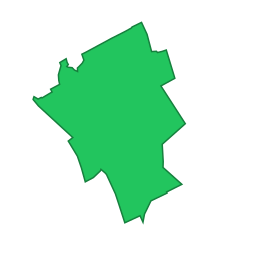 Ciuperceni, Teleorman, Romania, rotated 62°
{"feature_id": "2599482B84154453637694", "entity_name": "Ciuperceni", "entity_type": "district", "adm_level": 2, "iso_a3": "ROU", "parent_name": "Romania", "parent_adm1": "Teleorman", "projection": "orthographic", "projection_center": [24.946, 43.75], "detail": "fine", "context": "isolated", "style": "filled", "palette": "green", "viewbox_px": 256, "rotation_deg": 62, "n_neighbors": 0, "source": "geoboundaries", "source_scale": "gbopen_adm2", "svg_char_len": 1025}
<svg xmlns="http://www.w3.org/2000/svg" viewBox="0 0 256 256"><g transform="rotate(62 128 128)"><path d="M106.1,63.3L77.1,57.6L76.4,61.9L75.2,66.5L73.6,66.9L71.6,71.3L54.2,67.2L41.1,66.5L40.7,77.0L41.3,78.1L41.4,86.1L41.1,100.4L41.2,113.9L41.3,129.3L41.2,134.1L47.4,135.1L49.3,138.0L50.8,142.6L51.3,144.5L54.4,146.0L51.7,148.1L48.5,149.0L47.4,150.6L46.3,152.3L45.0,153.2L43.9,150.9L41.6,151.0L37.8,150.1L38.2,157.5L41.5,157.9L48.4,164.5L53.3,166.7L57.4,167.9L57.4,173.0L57.4,178.1L60.6,178.2L60.7,181.5L61.1,189.7L60.3,190.2L60.2,193.8L56.2,196.3L57.2,197.4L58.3,198.4L66.5,196.7L110.5,181.2L111.5,186.9L112.7,186.8L129.1,185.9L141.5,187.9L155.5,191.0L155.5,181.8L152.9,172.5L151.8,171.3L156.9,169.3L159.0,168.8L180.1,170.0L184.8,170.8L192.3,172.1L210.2,175.3L211.1,158.6L218.2,159.0L211.7,153.8L209.2,150.3L204.0,143.2L203.1,141.9L203.8,124.1L202.6,124.0L202.8,115.5L203.0,106.9L184.5,113.7L179.3,115.6L174.2,112.7L158.4,105.4L151.1,75.4L106.3,79.2L106.1,63.3Z" fill="#22c55e" stroke="#15803d" stroke-width="1.5"/></g></svg>